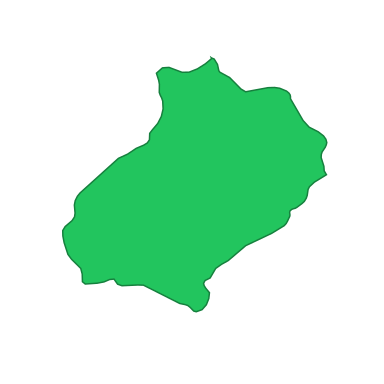 map outline of Sikkim (Natural Earth projection), rotated 216°
{"feature_id": "IND-3259", "entity_name": "Sikkim", "entity_type": "State", "adm_level": 1, "iso_a3": "IND", "parent_name": "India", "parent_adm1": "", "projection": "natural_earth1", "projection_center": [88.435, 27.596], "detail": "fine", "context": "isolated", "style": "filled", "palette": "green", "viewbox_px": 384, "rotation_deg": 216, "n_neighbors": 0, "source": "natural_earth", "source_scale": "10m", "svg_char_len": 1583}
<svg xmlns="http://www.w3.org/2000/svg" viewBox="0 0 384 384"><g transform="rotate(216 192 192)"><path d="M290.6,267.2L288.9,275.0L287.1,276.6L283.8,279.3L270.4,283.0L264.8,287.2L260.0,294.8L256.5,303.6L254.6,311.4L255.3,311.9L255.2,311.9L252.2,312.6L246.4,310.2L241.6,305.9L240.0,305.3L228.7,306.7L212.9,304.1L207.5,304.6L191.8,321.1L186.6,325.1L182.0,327.5L174.9,329.2L171.8,329.0L169.8,328.3L168.6,327.3L167.1,325.3L144.1,315.1L135.3,313.3L125.3,314.9L118.6,314.7L114.7,313.4L112.0,311.2L111.1,309.1L110.5,306.4L110.3,301.0L109.5,298.5L107.8,295.8L100.4,290.3L97.5,286.8L93.4,285.0L98.8,271.9L100.1,265.3L99.6,262.3L96.8,257.0L95.9,254.1L95.6,250.4L96.2,247.4L98.1,241.3L98.9,239.5L100.1,238.1L101.1,236.6L101.6,234.3L101.2,233.1L99.2,230.9L98.6,229.7L97.6,224.5L97.3,221.9L97.6,219.0L103.2,205.5L117.0,180.2L122.4,157.8L125.6,150.9L127.9,144.1L126.8,133.1L129.4,128.1L129.0,125.0L127.2,123.4L124.2,122.2L118.7,120.8L115.8,115.7L114.1,109.2L114.7,102.7L118.2,97.6L120.6,96.7L126.0,97.6L128.7,97.7L131.3,96.9L136.4,94.6L176.5,88.1L181.2,84.9L193.6,75.0L198.0,73.7L203.9,75.7L207.2,72.8L210.3,67.6L215.1,62.5L224.3,54.8L227.9,55.0L232.6,61.1L237.1,64.8L250.0,66.8L255.7,68.6L265.6,75.8L270.6,80.5L273.9,84.8L274.3,89.5L272.2,98.3L272.4,102.8L274.2,106.2L279.5,112.3L281.4,116.4L282.2,121.2L282.0,125.4L271.3,176.0L266.3,184.9L262.8,194.5L258.6,201.5L257.0,205.4L257.1,209.2L260.7,214.6L260.6,219.0L260.0,227.3L261.2,235.1L264.2,242.2L269.1,248.3L271.9,250.3L274.5,251.6L277.0,253.3L281.7,260.0L284.5,262.7L290.6,267.2Z" fill="#22c55e" stroke="#15803d" stroke-width="1.5"/></g></svg>